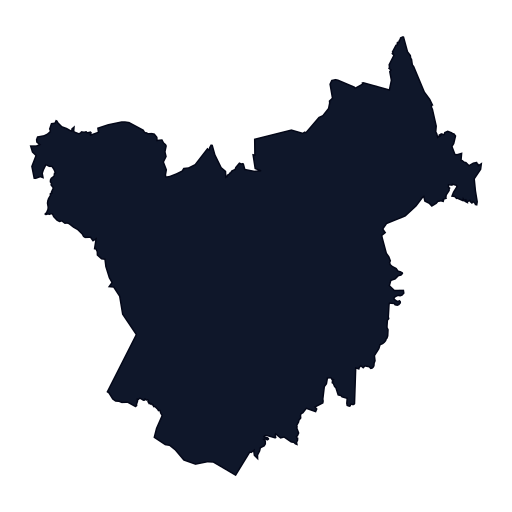 Taxco de Alarcón, Guerrero, Mexico (Mercator projection)
{"feature_id": "50627088B64619334383932", "entity_name": "Taxco de Alarcón", "entity_type": "district", "adm_level": 2, "iso_a3": "MEX", "parent_name": "Mexico", "parent_adm1": "Guerrero", "projection": "mercator", "projection_center": [-99.586, 18.522], "detail": "fine", "context": "isolated", "style": "filled", "palette": "ink", "viewbox_px": 512, "rotation_deg": 0, "n_neighbors": 0, "source": "geoboundaries", "source_scale": "gbopen_adm2", "svg_char_len": 5997}
<svg xmlns="http://www.w3.org/2000/svg" viewBox="0 0 512 512"><path d="M195.5,464.1L207.4,461.7L213.3,462.0L235.6,475.1L249.7,452.1L251.2,452.4L254.1,450.2L253.9,452.0L254.4,455.3L257.6,458.5L257.5,455.1L259.6,450.9L260.3,447.8L264.2,445.8L265.3,443.9L265.3,441.0L263.6,439.3L265.1,438.9L267.4,439.8L268.4,439.1L268.4,438.6L267.4,437.8L264.5,437.2L263.9,436.7L264.8,435.6L267.1,435.5L275.1,437.8L275.7,437.5L275.1,435.0L275.6,433.8L280.6,437.9L284.1,437.0L291.2,441.9L294.0,442.4L295.4,443.8L296.9,444.4L296.5,442.4L297.5,440.3L297.6,438.3L297.0,438.2L296.4,436.5L297.4,435.8L298.6,433.0L296.6,427.6L297.1,427.0L296.7,425.4L298.5,422.1L298.9,420.2L300.7,418.0L300.5,415.5L301.0,413.7L302.8,412.8L306.3,408.3L315.6,411.6L316.7,409.0L314.9,407.0L322.8,402.9L323.1,401.0L322.8,399.1L324.3,386.6L326.4,383.8L327.4,378.0L330.8,377.7L331.9,379.1L333.1,379.5L332.3,380.0L333.2,381.0L332.3,381.8L332.3,382.8L333.3,383.3L334.6,386.5L335.9,387.7L338.2,394.9L341.1,395.6L342.0,396.8L347.2,398.3L346.8,403.3L347.2,405.4L349.4,406.2L350.2,405.8L350.8,404.0L353.0,404.6L353.9,404.3L354.5,403.6L355.7,367.9L358.8,368.9L359.2,367.5L360.8,365.7L363.2,367.7L364.9,365.9L369.4,366.8L370.7,368.4L371.9,368.2L373.0,367.3L373.9,365.8L374.1,363.1L375.0,360.8L374.4,355.6L378.8,348.7L380.0,344.7L382.6,343.6L384.3,342.2L385.6,340.6L386.3,338.6L386.9,338.2L387.7,335.9L388.0,329.7L387.0,327.7L387.0,326.0L387.4,320.2L388.7,318.7L388.3,316.9L389.0,304.5L389.5,303.1L394.3,303.5L395.0,304.7L396.0,305.0L397.5,305.2L398.9,304.5L400.3,302.8L400.2,301.6L399.4,300.8L397.9,301.5L396.2,300.8L394.1,299.2L394.0,298.1L394.8,297.0L397.0,295.7L399.0,295.4L400.0,295.8L402.0,295.1L403.8,293.1L403.4,290.4L394.3,290.5L389.3,285.7L390.8,280.4L395.1,278.9L398.4,275.6L400.9,275.1L402.4,273.5L402.3,272.9L400.4,271.8L398.0,271.2L396.2,268.6L392.1,266.4L390.1,264.6L389.6,262.4L390.3,260.8L388.8,256.8L386.3,253.3L382.2,237.9L381.7,235.4L385.2,232.6L382.7,229.0L386.5,223.5L405.2,215.9L416.0,205.9L422.3,197.6L423.8,196.4L424.9,201.1L429.3,203.3L431.8,206.0L436.2,203.3L437.8,201.4L441.0,200.8L443.2,201.4L443.5,200.2L443.1,199.4L446.1,198.2L445.5,196.6L446.0,196.4L446.2,194.9L449.1,190.5L448.9,189.8L449.6,188.1L448.5,187.4L448.5,184.7L452.0,185.1L452.4,184.2L456.1,185.2L457.1,186.5L453.6,192.1L452.0,196.1L454.8,196.5L456.5,198.4L457.4,198.2L462.9,200.6L463.2,198.9L464.0,200.3L465.8,199.7L466.1,200.5L465.2,201.4L467.4,202.5L467.3,201.6L469.9,200.4L470.3,201.6L471.9,203.0L473.0,201.5L475.3,203.6L475.4,204.5L476.7,204.8L477.2,201.8L475.4,190.8L474.2,178.8L480.6,169.3L481.3,163.8L478.4,165.7L478.1,164.4L477.5,164.4L476.6,162.5L473.3,163.2L469.0,165.7L465.9,162.6L464.0,162.2L462.2,160.6L461.0,160.5L461.6,153.4L457.6,154.6L455.4,154.7L454.8,154.2L451.9,146.5L453.7,143.5L455.5,136.0L453.9,133.9L452.5,133.7L451.8,132.9L447.7,131.3L444.8,132.6L444.2,134.5L443.6,134.8L441.7,133.9L440.8,134.2L441.0,135.3L440.3,135.9L439.9,134.9L439.4,134.9L438.8,136.8L437.7,137.5L436.7,133.7L435.7,131.9L436.2,126.1L432.4,109.3L431.6,107.7L431.3,105.3L432.4,105.0L429.7,99.4L424.3,92.1L413.7,66.7L412.3,64.8L411.5,59.3L410.7,58.3L410.3,55.5L407.5,51.8L403.5,37.1L402.9,36.9L400.6,37.9L400.1,39.6L399.3,40.5L399.5,41.2L398.9,42.6L398.2,42.1L397.2,43.0L397.5,44.7L396.0,45.3L392.5,51.9L393.3,53.1L392.4,53.7L394.0,55.2L389.2,64.7L389.5,67.7L389.0,68.3L391.0,70.0L389.8,71.6L391.4,80.3L389.4,90.0L363.4,82.8L362.4,83.0L362.6,84.2L355.1,88.3L354.4,87.2L337.9,80.2L335.5,79.7L331.8,80.5L330.1,84.2L332.5,98.2L329.5,101.1L329.7,103.0L328.6,108.5L322.9,115.7L319.0,117.5L306.0,132.7L304.7,132.2L302.8,133.4L291.4,130.1L254.7,139.3L254.9,155.2L253.1,154.8L255.2,168.5L261.1,170.8L254.3,171.4L244.8,169.5L243.3,164.0L242.3,163.7L241.6,164.1L239.4,163.2L235.8,167.5L235.2,169.4L231.7,171.1L230.7,172.9L230.0,173.0L229.4,174.1L227.5,175.2L227.1,176.7L225.8,177.4L225.5,171.4L221.1,167.7L214.8,154.8L212.2,145.4L211.1,145.2L209.7,147.7L209.5,149.8L209.1,150.2L207.5,148.8L195.2,164.7L188.6,168.0L183.8,168.5L182.2,171.1L176.5,173.9L169.9,176.5L166.4,177.1L165.8,176.7L165.4,175.0L166.3,169.8L163.3,162.0L166.0,156.5L164.9,151.8L166.1,146.0L165.5,144.7L163.5,143.0L161.9,140.0L157.0,140.5L156.8,137.3L154.2,134.1L151.6,133.6L147.9,133.8L146.6,132.9L145.5,132.9L144.3,132.1L143.2,130.2L129.0,122.6L124.9,122.0L121.7,122.0L108.2,124.8L97.9,128.2L98.5,132.3L90.5,135.2L90.2,134.5L91.1,132.9L90.4,132.1L87.3,132.9L86.1,131.8L84.1,132.3L81.5,131.9L80.5,133.1L78.8,133.8L74.4,132.1L73.9,131.6L73.7,130.4L74.0,127.2L72.0,128.9L71.8,131.2L70.6,130.8L66.5,128.5L61.8,126.8L57.9,122.9L56.9,121.1L56.1,120.7L55.0,123.2L51.5,123.7L49.7,129.0L50.3,130.0L50.2,131.8L47.4,134.2L44.1,135.8L37.6,137.0L36.6,139.7L36.9,142.1L39.9,144.6L36.3,146.1L30.7,146.1L32.5,152.0L36.1,155.5L31.9,166.4L34.2,178.2L35.6,178.3L40.3,176.6L43.0,177.6L42.2,173.3L43.3,169.9L45.9,164.6L49.3,166.3L52.0,166.4L54.0,169.4L55.5,172.9L54.5,173.3L54.1,176.2L51.3,178.3L50.5,180.0L50.4,181.9L51.5,183.0L51.1,184.9L53.4,187.9L51.4,192.2L52.0,193.0L50.3,193.9L50.5,195.4L48.5,198.7L48.7,199.4L48.0,200.0L47.5,203.1L48.2,207.2L48.0,209.4L46.6,212.6L45.2,214.0L45.9,214.5L48.0,213.9L49.4,214.3L50.9,213.7L52.5,213.9L53.7,216.6L57.1,220.2L59.6,221.5L61.8,220.8L64.9,223.2L67.2,223.0L69.0,223.6L73.5,227.1L77.7,229.5L82.3,234.0L83.6,236.4L85.2,237.4L90.5,237.2L93.0,240.7L96.1,238.8L94.6,248.7L96.1,249.0L97.3,251.7L97.4,255.0L101.6,258.8L105.0,259.2L105.9,266.6L109.4,277.8L112.1,282.5L109.2,286.6L113.7,287.0L119.7,296.2L122.7,314.2L136.4,334.6L107.4,391.8L109.0,392.9L112.8,399.0L115.6,401.0L119.1,401.3L121.8,402.4L127.7,402.2L135.5,406.5L136.6,405.6L136.5,404.3L137.6,400.8L137.3,399.2L138.5,399.3L139.4,398.3L140.7,398.5L143.4,400.2L144.5,400.1L145.0,399.0L146.5,400.0L147.7,399.7L148.4,400.8L148.0,401.6L149.1,403.4L149.5,402.8L150.8,404.1L151.6,403.7L152.3,404.8L153.2,405.1L153.7,406.6L155.1,406.6L157.7,409.2L158.5,410.6L160.2,410.6L160.6,412.8L162.2,415.6L156.6,428.3L154.3,437.3L165.3,444.6L169.7,445.3L175.4,449.9L183.9,460.0L195.5,464.1Z" fill="#0f172a" stroke="#020617" stroke-width="1.5"/></svg>